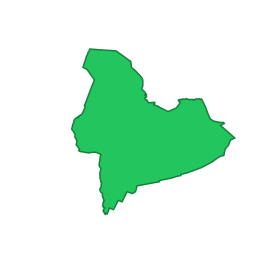 Varadia, Caras-Severin, Romania (Natural Earth projection), rotated 318°
{"feature_id": "2599482B29899097126407", "entity_name": "Varadia", "entity_type": "district", "adm_level": 2, "iso_a3": "ROU", "parent_name": "Romania", "parent_adm1": "Caras-Severin", "projection": "natural_earth1", "projection_center": [21.546, 45.093], "detail": "fine", "context": "isolated", "style": "filled", "palette": "green", "viewbox_px": 256, "rotation_deg": 318, "n_neighbors": 0, "source": "geoboundaries", "source_scale": "gbopen_adm2", "svg_char_len": 5450}
<svg xmlns="http://www.w3.org/2000/svg" viewBox="0 0 256 256"><g transform="rotate(318 128 128)"><path d="M200.6,206.9L198.5,187.8L202.5,189.1L202.5,188.6L202.7,187.9L199.9,185.2L196.6,180.7L195.2,176.7L195.6,174.8L196.2,172.9L198.6,166.7L198.9,166.3L199.4,164.9L199.8,163.4L200.1,163.0L200.1,162.3L200.4,161.7L200.6,160.9L201.3,158.4L201.4,158.0L201.8,156.6L202.0,155.8L201.6,155.2L201.3,155.1L201.0,155.2L200.9,155.1L200.8,154.9L200.7,154.3L200.6,154.2L200.3,154.2L200.1,153.8L199.7,153.6L199.4,153.2L199.2,153.0L198.2,152.0L197.8,151.8L197.2,151.8L196.7,151.5L196.1,151.8L195.9,151.8L195.8,151.7L196.1,151.1L196.0,150.9L195.6,150.9L195.4,150.8L195.1,150.4L195.0,150.0L194.8,149.7L194.6,149.5L194.1,149.1L193.4,148.8L193.0,148.1L192.8,147.9L192.6,147.8L192.4,147.8L192.0,147.7L191.9,147.4L191.9,147.1L191.8,146.8L191.4,146.2L191.3,145.6L191.1,145.2L190.5,145.0L190.4,145.1L190.2,145.1L189.8,144.9L189.7,144.7L189.2,144.6L188.9,144.5L188.8,144.3L188.8,144.1L188.8,143.9L188.4,143.4L187.8,143.2L187.6,142.9L186.6,142.9L186.5,142.7L186.7,142.4L186.3,142.2L186.2,142.2L186.1,142.3L185.8,142.0L185.8,141.9L186.0,141.8L186.0,141.7L185.6,141.6L184.9,141.7L184.6,141.1L184.4,140.9L184.2,140.9L183.9,141.2L183.8,141.7L183.7,142.3L183.7,142.8L183.9,143.1L184.1,143.9L183.5,144.1L181.4,144.6L177.4,145.4L177.1,145.4L176.3,145.2L175.2,144.7L174.7,144.7L174.1,144.5L172.8,144.0L172.4,143.8L171.7,143.6L171.3,143.5L171.0,143.4L170.7,143.3L169.7,142.9L169.1,142.5L168.8,142.3L168.4,141.9L168.3,141.6L168.2,141.4L168.0,140.7L167.4,139.1L167.3,138.7L166.9,137.7L166.7,137.3L166.6,137.2L166.5,136.9L166.4,136.5L166.2,136.5L166.1,136.2L166.0,135.7L165.2,133.1L165.1,132.9L164.9,132.5L164.6,132.3L164.7,132.0L164.3,131.9L164.3,131.3L164.4,131.0L164.1,130.7L164.1,130.4L163.4,129.2L163.3,128.7L163.3,128.3L162.7,128.3L163.0,127.9L163.5,127.6L164.9,127.3L165.0,127.2L165.0,126.9L164.9,126.8L164.2,126.0L163.5,125.7L163.2,125.3L162.7,125.0L162.5,124.7L161.8,124.7L161.6,124.5L160.2,122.8L160.2,122.7L160.2,120.8L160.4,120.6L160.8,120.4L160.7,120.1L160.5,119.9L160.4,119.7L160.3,119.3L160.5,119.0L160.5,118.9L160.2,118.7L160.2,118.2L160.1,117.9L160.1,117.7L160.2,117.4L160.2,117.0L160.3,117.0L160.6,117.1L161.0,117.1L161.4,117.0L162.0,116.8L162.5,117.3L162.8,117.2L163.3,116.3L163.3,116.2L163.2,115.9L162.7,115.6L162.6,115.4L162.5,115.2L162.9,115.1L163.3,115.4L163.4,115.5L163.8,115.4L164.2,115.4L164.3,115.3L164.2,115.1L164.0,114.8L163.7,114.6L163.6,114.4L164.2,114.2L164.1,113.7L164.2,113.3L164.6,112.7L164.2,108.7L164.2,108.2L164.5,108.0L166.2,107.2L167.4,106.4L167.6,106.2L168.8,104.8L169.4,104.2L170.8,102.6L171.6,101.2L172.0,98.1L172.0,95.5L171.7,89.2L171.2,86.7L171.1,85.3L174.4,80.7L174.5,80.4L173.4,75.2L172.8,72.2L170.7,62.7L167.4,59.3L165.9,57.7L162.2,54.0L152.4,43.7L150.3,44.9L148.8,45.1L146.8,46.5L145.4,46.8L135.1,52.8L136.8,57.4L136.7,57.8L135.8,64.8L135.3,69.7L130.9,71.9L127.1,73.7L126.6,74.1L119.9,77.5L114.7,80.2L112.7,81.2L110.5,82.3L110.5,83.1L110.3,83.4L110.3,83.8L107.1,85.2L105.9,85.8L105.0,86.0L102.9,86.9L102.4,86.7L102.1,86.6L101.4,86.8L100.9,86.4L100.2,86.3L99.4,86.4L98.6,87.0L98.2,87.0L98.4,86.4L98.3,86.2L97.9,86.3L97.2,86.1L96.9,86.2L96.6,86.0L96.0,86.0L95.6,85.8L95.3,85.9L95.0,85.8L94.6,85.8L93.9,85.9L93.8,86.0L93.4,86.1L92.9,86.3L92.5,86.8L92.1,86.9L91.6,87.3L91.0,87.6L90.6,87.9L89.9,88.1L89.4,88.4L89.2,88.8L88.3,89.2L87.5,89.8L87.1,90.0L85.8,90.8L85.3,91.2L85.3,91.8L85.3,93.2L84.6,96.6L83.8,98.0L82.7,99.0L82.2,99.6L82.3,100.2L82.3,100.9L81.8,101.8L81.5,103.0L81.4,103.5L80.0,104.5L78.3,105.8L78.1,106.6L78.1,107.4L78.0,108.7L77.9,109.5L77.7,111.5L77.2,111.6L76.3,111.7L76.4,112.6L77.0,114.0L77.4,114.3L77.6,114.4L78.0,115.0L78.9,116.0L79.0,116.3L80.8,118.6L81.7,119.8L82.2,120.3L83.0,120.7L84.4,121.6L85.8,122.7L88.0,124.6L88.4,125.5L88.9,126.7L89.4,127.7L90.2,129.9L89.2,130.2L88.6,130.5L87.0,131.6L85.8,132.9L85.3,133.3L84.6,133.9L83.5,134.6L83.1,134.9L81.9,136.1L81.5,136.5L81.1,137.5L81.0,137.9L81.1,138.5L81.0,139.0L80.7,139.6L80.1,140.5L79.1,141.3L77.3,142.3L73.3,147.0L73.3,147.4L73.2,147.6L71.6,150.2L71.6,150.3L71.7,150.5L71.6,151.0L71.5,151.3L70.9,151.6L70.3,152.1L70.0,152.3L69.7,152.7L69.3,153.3L68.9,153.7L68.8,153.8L68.5,153.9L68.1,153.9L67.7,154.1L66.7,154.3L66.2,154.7L65.9,154.9L65.6,155.4L65.3,156.0L64.8,157.5L65.3,159.1L65.2,159.4L64.9,160.0L64.6,160.2L63.9,161.1L63.6,161.6L63.3,161.6L63.2,161.8L63.3,162.1L63.3,162.4L63.2,162.6L63.0,162.8L62.6,163.1L62.4,163.9L62.3,164.7L62.3,164.9L61.9,165.1L61.3,165.7L61.7,166.2L61.6,166.3L60.9,166.4L60.1,166.7L59.6,166.7L59.4,166.9L58.9,167.6L58.5,167.7L58.3,168.0L58.0,168.3L57.0,168.9L56.9,169.0L57.2,169.6L57.3,169.9L57.0,170.2L56.8,170.2L56.7,170.3L56.7,170.5L56.8,171.2L57.2,171.8L55.9,172.1L55.6,172.3L55.4,172.2L55.1,172.2L55.0,172.4L54.9,172.6L54.6,172.7L54.4,172.9L54.5,173.0L54.3,173.3L54.2,173.5L53.9,173.5L53.9,173.9L53.7,174.4L53.7,174.5L53.7,174.8L54.0,175.2L53.6,175.6L53.3,176.0L53.4,176.3L53.4,176.5L53.3,176.8L53.4,177.1L54.5,176.7L55.0,177.9L60.7,175.1L62.6,179.0L72.3,175.3L74.1,178.9L84.7,174.7L87.2,179.5L89.9,180.2L91.1,180.2L94.6,178.1L95.1,177.5L96.0,177.0L98.7,178.8L100.3,179.8L100.4,179.7L115.5,189.0L116.3,188.1L126.8,194.3L130.9,196.1L135.5,198.7L136.3,197.9L141.5,200.7L155.6,206.4L156.3,206.6L167.7,209.5L174.8,210.2L178.3,211.0L179.6,211.9L180.1,212.2L180.4,212.3L181.3,212.3L184.5,209.7L185.7,209.0L187.1,208.5L191.7,207.9L193.7,206.5L195.1,206.0L196.6,205.6L200.6,206.9Z" fill="#22c55e" stroke="#15803d" stroke-width="1.5"/></g></svg>